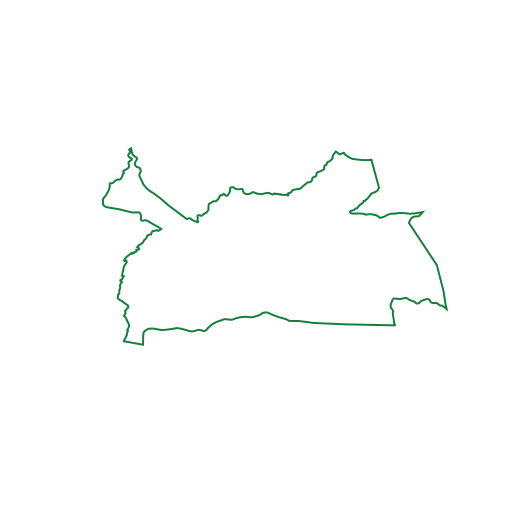 Lázaro Cárdenas, Tlaxcala, Mexico, rotated 230°
{"feature_id": "50627088B94934519915903", "entity_name": "Lázaro Cárdenas", "entity_type": "district", "adm_level": 2, "iso_a3": "MEX", "parent_name": "Mexico", "parent_adm1": "Tlaxcala", "projection": "mercator", "projection_center": [-97.981, 19.536], "detail": "fine", "context": "isolated", "style": "outline", "palette": "green", "viewbox_px": 512, "rotation_deg": 230, "n_neighbors": 0, "source": "geoboundaries", "source_scale": "gbopen_adm2", "svg_char_len": 6160}
<svg xmlns="http://www.w3.org/2000/svg" viewBox="0 0 512 512"><g transform="rotate(230 256 256)"><path d="M418.7,229.5L419.2,228.2L419.1,227.5L418.8,227.1L418.5,227.0L417.0,226.7L416.4,226.4L416.2,225.8L416.1,224.4L415.4,223.0L414.6,222.5L413.3,222.4L411.2,223.2L410.2,223.3L409.7,222.7L409.6,222.3L409.9,219.9L409.9,218.9L408.7,217.8L406.3,216.5L405.7,215.7L405.6,214.7L405.6,213.6L406.1,210.5L406.4,209.9L406.5,209.3L406.4,209.0L405.8,208.5L404.6,208.2L404.3,208.0L404.3,206.5L403.1,205.1L402.7,203.8L402.0,202.3L401.9,201.7L402.2,200.8L403.3,199.3L403.9,198.2L404.1,195.8L404.0,194.7L404.0,193.5L404.4,192.4L404.8,191.6L405.5,190.9L405.1,190.1L403.5,188.8L402.5,187.7L401.0,185.4L398.8,179.8L398.4,176.8L397.7,175.2L396.9,174.4L393.7,171.9L391.5,172.0L390.7,172.3L388.7,173.5L379.8,181.2L369.2,188.9L367.1,191.3L364.8,194.2L364.1,194.6L363.1,194.6L362.2,194.4L360.8,193.7L359.3,192.6L358.0,191.2L357.1,191.0L356.5,191.3L355.9,191.8L354.7,194.0L354.2,194.5L352.8,195.4L342.7,199.0L341.6,199.6L337.7,200.8L337.7,199.2L338.0,197.4L338.5,197.0L339.5,196.8L340.8,193.7L341.5,192.8L341.5,192.5L340.8,190.6L340.0,189.5L340.1,189.1L340.7,188.3L341.0,187.3L341.3,186.4L341.4,185.7L340.1,183.1L340.0,180.3L339.1,178.4L339.0,176.7L339.4,173.5L339.5,172.3L339.0,170.7L338.5,171.3L336.8,171.2L336.3,170.3L337.5,168.1L336.3,167.4L337.9,163.1L337.1,163.4L338.4,160.4L338.5,156.8L338.3,154.1L337.5,152.6L336.9,152.3L337.0,152.1L336.7,152.1L336.7,153.1L336.3,153.5L335.8,153.6L334.4,153.2L332.8,147.9L330.4,145.1L329.1,143.1L326.9,140.7L325.6,141.7L325.2,141.4L324.9,140.1L324.3,138.4L324.7,136.5L323.8,136.0L322.8,136.6L322.0,136.2L321.9,134.7L320.7,132.7L319.3,131.9L317.9,130.0L317.7,129.3L315.5,127.5L315.2,126.9L315.2,125.7L314.4,125.2L313.0,123.2L312.2,123.0L311.1,123.0L309.6,123.4L307.9,124.3L305.4,124.9L305.2,124.7L301.2,126.0L299.9,126.1L298.6,125.0L298.9,123.5L297.9,121.7L298.2,121.0L297.9,120.2L295.8,119.1L295.3,116.8L294.6,116.3L292.8,116.7L287.3,115.2L285.6,114.9L285.0,114.7L284.0,113.8L283.0,112.3L282.3,110.5L281.8,109.7L280.8,109.7L280.2,108.0L279.0,106.6L278.3,106.1L278.0,105.1L276.9,102.8L276.6,101.5L275.6,100.0L260.7,112.4L267.6,118.5L269.5,120.5L269.9,121.8L270.0,123.6L269.5,126.2L269.0,127.5L266.6,130.5L260.8,135.4L259.1,137.2L258.2,138.4L255.9,141.9L251.6,149.0L250.9,149.8L248.4,151.9L241.0,157.0L239.6,158.2L238.3,160.1L236.8,163.8L236.0,164.9L234.9,165.9L232.5,167.4L231.9,168.0L231.2,169.5L231.3,171.2L231.7,172.5L231.9,178.2L231.6,180.0L230.8,183.4L228.1,190.8L227.6,191.6L226.0,193.3L225.0,194.1L223.0,196.1L222.2,197.6L221.3,200.4L219.4,204.2L218.0,206.4L215.0,210.2L212.3,212.7L210.4,216.0L208.6,220.4L208.4,221.3L208.1,223.8L208.2,224.4L206.8,226.8L205.5,228.3L204.3,229.0L200.0,231.0L194.6,234.1L188.3,238.4L186.6,239.2L185.1,239.5L178.4,247.3L167.4,257.4L150.7,275.6L146.4,280.3L113.7,317.7L114.1,318.3L115.9,318.7L116.9,319.5L119.8,321.3L122.5,322.8L124.7,324.4L125.4,325.3L126.1,325.8L127.4,326.1L129.6,326.0L131.6,327.3L132.2,328.0L133.5,330.4L134.5,331.9L135.0,333.6L134.8,334.3L134.3,334.9L131.8,337.3L130.1,339.2L128.2,342.9L127.0,344.2L125.9,344.8L124.3,345.1L123.3,345.6L121.4,346.6L119.2,348.1L117.4,348.2L116.4,348.6L115.6,349.3L115.3,349.9L115.4,350.7L115.1,351.2L115.4,352.6L115.3,354.0L113.7,358.3L112.7,359.8L112.0,360.3L111.3,360.7L110.6,360.7L108.9,360.3L107.6,360.4L105.9,361.5L103.9,364.2L101.3,364.9L100.4,364.9L99.2,365.7L98.5,366.6L97.4,366.8L96.7,367.2L92.8,367.9L96.0,369.5L109.2,377.4L132.8,388.7L182.9,394.4L184.0,396.0L185.1,399.6L185.0,401.3L184.3,402.8L182.1,405.8L181.7,407.3L182.5,412.0L185.7,406.4L187.3,403.9L188.2,402.9L189.4,401.0L192.7,398.0L196.3,394.2L199.1,389.8L201.4,386.9L202.4,384.9L203.1,382.8L203.8,379.1L204.8,376.9L205.8,375.3L208.3,374.9L210.5,374.0L211.4,373.1L214.1,371.0L215.5,369.2L217.1,366.7L219.4,365.3L222.2,362.5L226.3,357.3L227.7,356.2L229.0,356.1L229.6,356.7L229.6,357.6L228.2,360.7L228.3,362.4L227.7,364.2L227.9,365.6L228.3,367.8L228.4,369.2L228.0,370.9L228.2,372.3L228.5,373.4L229.0,373.9L228.9,374.1L228.1,375.0L228.5,376.2L228.2,378.1L228.7,379.9L229.0,382.1L229.5,383.9L229.5,384.9L228.2,389.3L228.1,391.4L228.8,393.1L229.0,394.0L255.6,406.3L256.5,404.7L259.0,401.5L263.4,396.9L268.4,392.3L270.3,391.3L272.0,390.7L276.6,389.4L277.7,389.4L278.3,389.7L279.0,389.2L279.1,388.1L279.9,385.6L280.7,385.2L283.3,384.7L284.7,384.3L283.8,380.3L283.1,378.9L282.2,377.7L281.4,377.3L281.4,376.3L281.1,373.4L281.7,372.2L281.9,371.6L281.7,370.1L281.1,369.5L280.8,368.8L280.8,367.8L281.2,366.8L280.1,365.3L278.8,363.9L278.8,362.5L279.3,360.5L279.8,359.0L280.6,357.2L280.6,355.8L278.9,354.0L278.8,352.2L279.5,350.7L279.3,348.8L278.4,348.2L278.0,347.3L277.6,346.0L277.8,344.9L279.2,342.8L279.3,336.9L279.1,333.9L279.4,332.5L280.3,331.2L282.9,326.7L282.9,325.9L282.5,325.2L282.4,324.5L282.4,322.8L283.3,321.2L283.1,320.4L282.1,320.2L281.7,319.7L281.8,319.4L283.2,318.9L285.3,316.0L287.7,314.0L288.0,314.1L288.6,313.0L289.5,312.8L290.8,310.9L292.1,310.3L292.0,309.6L292.3,308.5L294.1,307.2L295.0,306.9L295.7,306.6L296.5,305.9L297.1,305.1L298.6,302.5L299.7,300.0L303.5,296.6L305.9,295.4L306.8,294.8L307.2,293.8L307.3,292.6L307.6,291.3L309.4,288.5L309.8,288.1L311.9,287.3L312.9,287.4L315.6,288.5L316.3,288.5L316.8,287.8L317.1,287.2L319.3,284.4L320.3,283.7L321.2,283.3L323.4,282.8L324.8,280.6L324.6,279.9L324.1,279.3L322.3,277.7L321.4,275.8L320.7,273.6L321.1,272.1L321.6,271.6L324.3,271.3L324.5,270.1L324.3,269.1L325.2,268.0L325.4,267.3L325.2,266.4L324.6,265.8L324.1,264.7L323.9,263.7L323.7,261.0L323.9,260.3L325.3,258.5L325.6,256.3L326.1,253.8L326.0,253.2L325.1,252.0L321.9,249.2L321.5,247.7L321.1,245.7L321.8,243.0L321.7,241.4L321.9,239.9L323.3,239.2L324.2,238.2L324.5,237.3L321.0,234.4L320.8,233.8L320.6,233.7L319.5,233.7L319.4,233.0L321.8,231.5L322.8,231.1L323.5,230.7L327.1,229.7L328.1,228.9L328.8,226.7L350.1,221.7L362.2,219.7L369.5,217.9L374.9,216.2L378.6,215.7L382.9,215.7L391.7,218.0L393.2,218.8L395.3,222.5L396.3,223.1L397.2,223.4L398.0,223.5L398.7,223.3L400.8,221.9L402.7,221.7L403.9,222.0L404.8,222.7L405.7,224.2L406.6,226.8L407.2,227.5L407.6,227.8L408.1,227.8L410.2,227.1L412.6,226.7L414.0,227.0L415.8,227.9L418.7,229.5Z" fill="none" stroke="#15803d" stroke-width="2"/></g></svg>